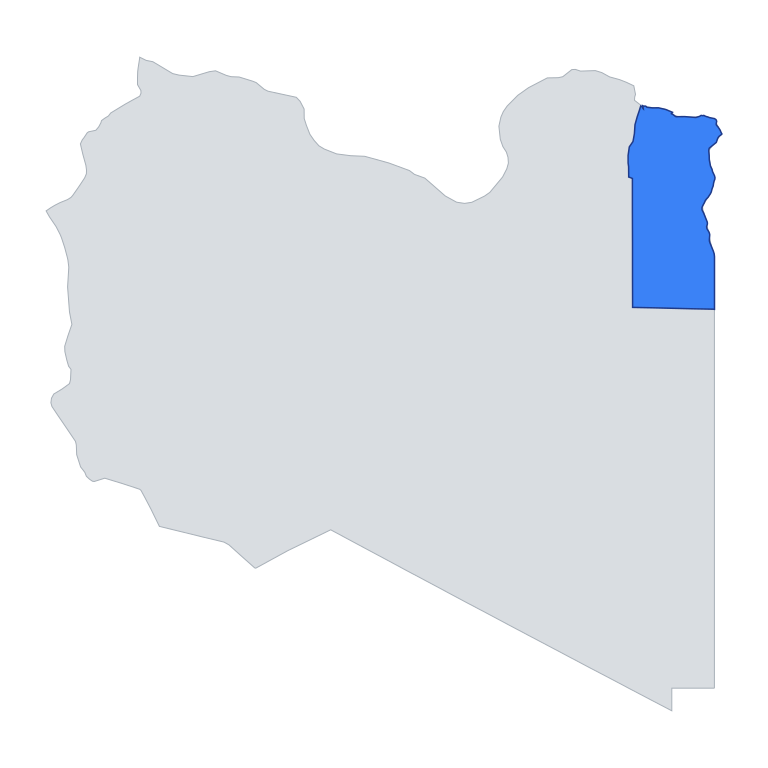 location of Al Butnan within Libya
{"feature_id": "LBY-2987", "entity_name": "Al Butnan", "entity_type": "Municipality", "adm_level": 1, "iso_a3": "LBY", "parent_name": "Libya", "parent_adm1": "", "projection": "mercator", "projection_center": [24.313, 30.16], "detail": "fine", "context": "in_parent", "style": "filled", "palette": "blue", "viewbox_px": 768, "rotation_deg": 0, "n_neighbors": 0, "source": "natural_earth", "source_scale": "10m", "svg_char_len": 4692}
<svg xmlns="http://www.w3.org/2000/svg" viewBox="0 0 768 768"><path d="M55.0,205.2L60.1,202.6L67.3,199.7L71.0,197.4L72.6,195.6L78.0,187.9L80.9,183.6L84.7,177.8L86.4,173.8L86.5,170.0L85.9,165.4L82.9,154.5L80.4,143.9L82.3,139.8L83.9,137.8L87.2,132.8L88.6,131.8L95.8,130.3L98.7,126.9L100.9,122.8L101.5,120.6L104.6,118.3L108.4,116.0L110.7,113.0L118.4,108.3L125.3,104.1L133.4,99.6L139.7,96.2L141.0,93.2L140.9,90.5L137.5,84.6L137.5,77.5L137.7,71.7L138.1,68.2L139.6,58.5L139.7,57.2L146.2,60.4L152.8,61.7L172.7,73.6L179.0,75.1L192.9,76.6L209.3,71.7L215.5,70.8L226.3,75.4L231.1,76.7L239.1,77.0L252.7,81.2L256.2,82.6L264.2,89.3L268.0,91.2L296.3,97.3L300.1,101.3L304.1,109.0L304.2,118.5L306.4,125.4L309.9,134.3L314.2,140.5L318.9,145.8L324.2,149.0L336.6,153.9L350.6,155.7L364.7,156.3L388.9,163.0L409.5,170.6L414.5,174.4L424.8,178.1L445.3,196.0L456.6,202.2L464.6,203.4L471.8,202.3L484.5,196.1L489.8,192.4L502.6,177.0L506.8,168.8L508.4,163.1L508.0,157.3L506.4,152.1L502.9,146.6L500.3,139.3L498.9,126.2L500.9,117.1L503.3,111.6L507.2,106.0L517.8,95.3L528.5,87.7L547.3,77.9L558.2,77.7L562.8,76.7L571.8,69.6L575.4,69.4L580.5,71.1L595.3,70.6L601.8,72.6L609.6,76.9L619.5,79.6L626.4,82.3L633.8,85.8L635.5,94.4L634.7,97.0L634.5,100.3L642.2,106.3L664.0,109.0L668.3,110.6L674.3,115.2L678.1,116.6L693.1,117.2L701.8,116.2L710.1,117.8L713.2,119.3L716.3,122.9L720.2,131.5L721.7,134.3L720.0,135.7L717.7,138.7L716.2,141.4L712.3,145.7L709.0,150.4L709.3,157.1L710.0,164.0L712.2,170.7L714.1,178.1L713.6,183.0L712.0,189.0L710.0,194.0L703.6,204.2L702.6,206.6L703.0,210.1L706.9,222.2L707.2,226.0L709.5,237.7L711.7,247.2L714.0,254.6L714.4,256.7L714.4,267.6L714.4,278.6L714.4,289.5L714.4,300.4L714.4,311.2L714.4,322.1L714.4,332.9L714.4,343.7L714.4,354.5L714.4,365.2L714.4,376.0L714.4,386.7L714.4,397.4L714.4,408.0L714.4,418.7L714.4,429.3L714.4,439.9L714.4,450.5L714.4,461.1L714.4,471.6L714.4,482.2L714.4,492.7L714.4,503.2L714.4,513.6L714.4,524.1L714.4,534.5L714.4,545.0L714.4,555.4L714.4,565.8L714.4,576.1L714.4,586.5L714.4,596.8L714.4,619.7L714.4,642.5L714.4,665.2L714.4,687.9L714.2,688.0L713.8,688.2L703.3,688.2L692.8,688.2L682.3,688.2L671.8,688.2L671.8,693.8L671.8,699.5L671.8,705.2L671.8,710.8L651.3,700.1L630.9,689.4L610.5,678.6L590.0,667.9L569.6,657.1L549.2,646.3L528.7,635.5L508.3,624.7L487.9,613.8L467.4,603.0L447.0,592.1L426.6,581.2L406.1,570.3L385.7,559.3L365.3,548.4L344.8,537.4L330.7,529.8L315.5,537.2L303.6,543.0L287.9,550.6L269.8,560.5L255.9,568.1L255.3,568.1L254.7,567.9L240.2,555.0L229.0,544.9L224.0,542.1L202.7,537.0L181.6,531.8L159.4,526.4L155.4,518.2L150.9,509.0L144.8,497.4L141.0,490.4L139.8,489.3L122.8,483.7L104.8,478.2L94.2,481.5L92.4,481.2L89.4,479.1L86.4,476.3L84.8,472.3L80.6,466.9L76.7,454.7L76.3,444.9L75.5,441.4L66.2,427.6L57.6,415.0L52.0,406.6L50.9,402.8L51.5,398.2L53.8,394.0L62.1,389.0L69.5,383.6L70.5,379.8L71.0,369.4L68.6,366.2L66.8,360.0L64.9,351.7L64.7,346.3L68.0,335.6L71.9,324.4L69.5,312.0L67.6,287.0L68.8,267.2L67.9,259.9L67.2,256.9L64.7,247.5L61.5,237.8L60.1,234.4L56.1,226.6L49.5,216.9L46.1,210.9L50.8,207.7L55.0,205.2Z" fill="#d9dde1" stroke="#a8b0b8" stroke-width="1"/><path d="M721.7,134.3L719.0,136.4L717.8,138.1L716.3,142.4L709.3,148.1L708.8,149.7L708.8,151.5L709.2,155.7L709.3,159.8L710.3,165.1L710.5,166.1L712.0,169.2L712.6,171.7L714.5,175.7L715.0,177.7L714.8,179.4L714.1,181.1L713.6,183.1L713.2,185.9L711.9,189.3L711.7,190.3L711.3,191.9L710.5,193.6L708.0,197.4L706.7,198.7L705.5,200.2L705.1,200.9L704.4,202.6L702.7,205.8L702.0,207.5L702.0,209.4L702.3,210.5L703.5,212.7L707.2,221.9L707.4,223.0L707.4,224.0L706.6,226.6L706.9,228.6L709.1,232.3L709.7,234.3L709.7,235.5L709.4,239.1L709.4,241.0L709.9,242.7L713.4,251.3L714.2,253.9L714.5,256.7L714.5,262.7L714.5,270.9L714.5,290.3L714.5,309.4L714.4,309.4L714.0,309.3L713.6,309.2L693.3,308.8L673.1,308.3L652.8,307.8L632.6,307.4L632.5,275.4L632.5,243.3L632.4,211.0L632.4,178.5L631.5,178.1L630.6,177.7L629.7,177.4L628.8,177.0L628.7,177.0L628.6,166.7L628.1,163.0L628.1,155.4L629.3,146.9L633.0,141.5L634.4,133.7L635.0,124.7L637.2,116.8L639.2,110.9L640.6,106.4L640.7,106.1L640.9,106.3L641.6,106.5L642.1,106.8L642.5,107.3L642.9,108.4L643.3,108.8L643.2,108.0L642.7,105.7L643.5,106.1L645.4,106.1L645.8,106.2L647.0,107.3L652.6,107.9L658.5,107.8L665.8,109.5L672.5,112.3L671.6,113.3L671.4,113.7L671.7,113.9L672.8,114.4L675.5,116.5L676.5,116.7L684.6,116.6L695.9,117.5L699.7,116.3L700.7,115.6L701.2,115.4L702.9,115.7L703.3,115.6L703.6,115.4L703.9,115.4L704.2,115.6L704.4,115.7L704.9,116.0L705.5,116.2L706.4,116.6L707.8,116.9L709.5,117.6L714.5,118.6L716.0,119.6L716.7,121.2L716.3,123.2L716.2,124.3L716.5,125.2L718.0,126.9L720.2,130.2L720.5,131.0L721.1,132.5L721.9,133.9L721.8,134.1L721.7,134.3Z" fill="#3b82f6" stroke="#1e3a8a" stroke-width="1.5"/></svg>